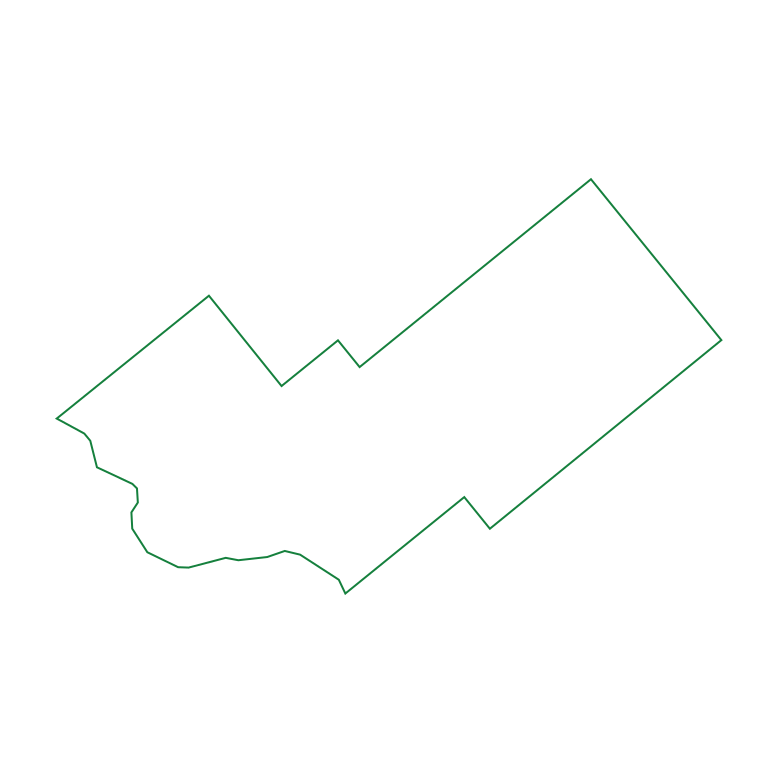 outline of Minidoka, Idaho, United States of America, rotated 51°
{"feature_id": "52423323B21939715817701", "entity_name": "Minidoka", "entity_type": "district", "adm_level": 2, "iso_a3": "USA", "parent_name": "United States of America", "parent_adm1": "Idaho", "projection": "robinson", "projection_center": [-113.693, 42.86], "detail": "fine", "context": "isolated", "style": "outline", "palette": "green", "viewbox_px": 768, "rotation_deg": 51, "n_neighbors": 0, "source": "geoboundaries", "source_scale": "gbopen_adm2", "svg_char_len": 499}
<svg xmlns="http://www.w3.org/2000/svg" viewBox="0 0 768 768"><g transform="rotate(51 384 384)"><path d="M205.2,464.5L204.9,660.1L233.9,648.1L243.3,648.0L268.1,659.5L303.3,642.4L309.7,641.7L321.2,649.9L324.8,661.1L338.0,670.7L365.8,673.8L396.8,659.3L403.7,651.4L419.5,616.4L429.3,608.1L445.0,583.6L451.3,566.2L463.8,556.6L507.7,542.3L522.5,545.9L522.4,392.8L563.1,392.8L562.2,94.2L355.1,94.3L355.5,392.3L321.1,392.3L321.1,464.9L205.2,464.5Z" fill="none" stroke="#15803d" stroke-width="2"/></g></svg>